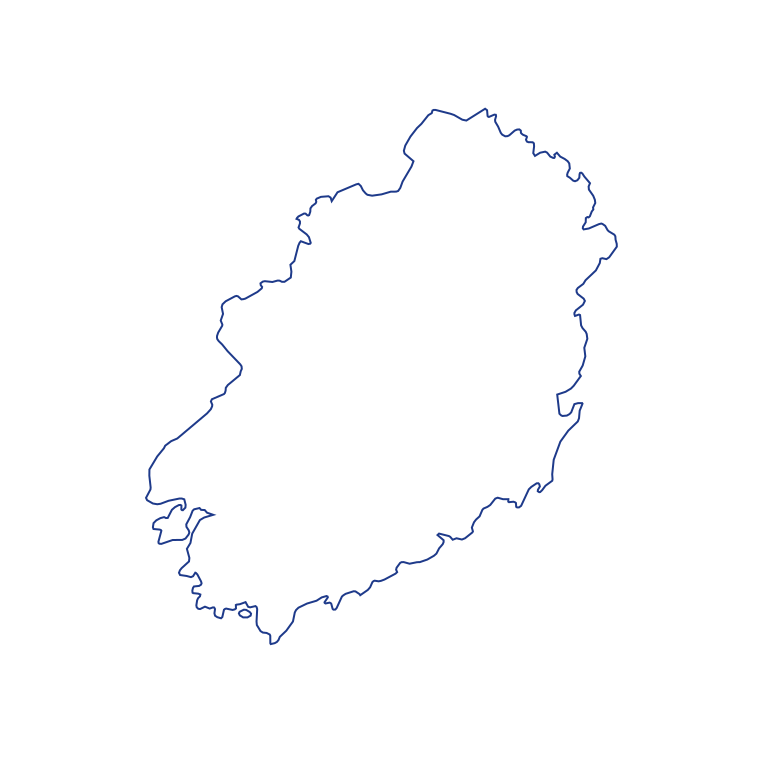 the border of Ryazan', rotated 139°
{"feature_id": "RUS-2374", "entity_name": "Ryazan'", "entity_type": "Region", "adm_level": 1, "iso_a3": "RUS", "parent_name": "Russia", "parent_adm1": "", "projection": "natural_earth1", "projection_center": [40.693, 54.337], "detail": "fine", "context": "isolated", "style": "outline", "palette": "blue", "viewbox_px": 768, "rotation_deg": 139, "n_neighbors": 0, "source": "natural_earth", "source_scale": "10m", "svg_char_len": 6159}
<svg xmlns="http://www.w3.org/2000/svg" viewBox="0 0 768 768"><g transform="rotate(139 384 384)"><path d="M293.3,559.2L274.0,552.9L271.9,551.8L271.6,548.6L272.8,544.0L272.8,539.8L272.4,537.7L269.4,533.9L261.4,528.7L252.7,524.7L248.6,521.2L246.7,520.4L243.1,521.3L237.1,524.6L220.6,530.1L215.6,532.8L217.3,544.4L216.0,547.0L211.5,550.0L201.7,553.4L191.2,555.5L185.1,555.8L174.2,557.8L170.3,557.1L168.0,558.6L166.8,558.3L165.2,556.9L156.5,544.3L154.6,541.0L151.5,532.1L149.0,528.8L127.1,525.4L126.6,523.0L130.0,518.3L130.0,517.3L129.6,516.7L124.0,514.9L123.0,513.8L123.7,512.6L126.9,510.5L128.0,508.9L129.0,503.4L131.1,496.9L131.2,494.6L130.0,491.4L128.1,490.0L126.2,489.5L119.1,489.5L116.6,488.7L114.8,487.3L114.5,485.5L115.9,483.7L115.9,482.6L115.6,480.9L113.9,477.5L114.0,476.7L116.6,475.2L117.1,473.2L116.4,471.8L113.2,468.9L113.0,467.3L114.8,464.9L119.9,460.3L120.4,457.1L114.4,456.1L109.9,453.6L109.1,451.6L109.3,446.5L108.0,443.6L107.1,442.9L105.9,443.4L105.0,445.3L101.8,445.1L101.8,440.0L100.0,435.3L99.2,431.6L99.5,428.9L102.4,424.7L106.7,423.0L108.5,421.8L109.3,420.6L108.4,417.8L107.8,413.3L106.8,411.7L104.4,410.9L101.3,411.5L98.7,414.1L97.5,414.7L96.6,414.2L96.2,412.8L96.7,409.1L96.8,400.4L100.0,398.8L101.8,396.3L102.6,388.8L104.0,384.7L105.8,382.0L110.4,380.1L111.5,378.4L114.0,377.9L118.6,375.5L120.3,375.5L121.0,376.6L122.8,376.8L125.7,373.7L130.5,372.3L131.8,371.1L131.9,369.7L127.4,367.0L116.8,363.6L114.7,362.5L114.1,361.4L113.3,358.3L114.3,353.5L114.2,351.8L112.2,345.6L112.5,343.7L114.6,340.9L116.4,337.1L118.2,334.9L130.9,331.9L134.2,332.3L136.7,335.7L138.5,336.5L141.8,333.7L149.6,330.7L163.8,330.1L167.9,328.8L174.7,329.3L177.0,328.7L178.3,327.0L178.8,324.9L177.3,317.4L177.9,314.9L181.8,313.3L190.9,313.7L193.7,312.7L194.6,311.6L195.2,310.1L191.3,308.5L190.8,307.4L196.8,298.9L197.5,295.9L197.5,291.1L198.2,288.8L200.9,284.7L209.1,279.9L213.9,272.8L221.9,267.6L228.6,265.2L229.8,263.6L230.2,260.9L241.9,258.2L245.9,257.9L252.1,259.0L260.2,262.4L271.1,246.5L270.9,244.1L270.3,242.8L266.7,240.2L263.8,239.6L261.3,239.8L253.5,243.9L250.2,242.3L247.0,239.6L247.1,238.9L253.8,235.5L259.3,230.2L262.3,228.6L275.5,227.9L288.7,224.8L305.6,215.5L316.3,205.5L319.3,201.5L320.5,200.6L328.9,201.3L334.4,200.1L337.0,200.0L337.8,200.5L338.3,202.2L337.2,203.2L333.6,204.4L332.6,206.4L332.6,207.8L334.0,208.9L340.3,209.7L343.8,209.5L360.4,202.1L363.1,202.3L364.5,203.5L364.8,204.6L362.5,207.6L362.6,208.5L363.5,210.2L367.2,212.8L367.4,213.7L365.7,215.5L369.7,218.9L372.8,223.6L375.2,224.5L383.2,223.0L386.5,223.4L390.6,224.7L392.3,224.5L398.7,221.4L403.5,221.3L406.8,220.6L411.9,218.0L413.6,214.4L414.7,214.0L424.0,214.4L427.2,215.5L430.5,220.0L434.3,221.4L434.3,225.2L434.8,226.7L440.6,235.0L442.7,234.9L441.5,227.0L442.7,225.6L444.7,224.6L450.2,223.8L455.7,221.6L459.0,221.6L466.5,223.1L473.9,226.1L475.9,227.8L482.6,231.6L486.0,236.7L487.6,238.0L489.1,238.4L495.0,237.1L496.7,235.9L497.5,233.4L499.7,233.3L511.9,236.1L515.4,237.4L517.5,238.6L520.1,241.7L521.2,242.1L522.7,242.1L527.8,239.7L531.3,239.2L540.5,240.2L540.3,241.4L541.6,246.2L542.9,247.5L550.6,250.8L553.3,251.2L555.2,251.2L566.7,246.0L568.7,245.7L570.2,246.9L570.3,248.0L568.0,252.7L568.0,253.7L568.5,254.7L572.1,256.7L572.4,257.6L572.1,258.3L566.4,259.8L566.0,260.6L566.5,261.7L571.0,263.8L577.1,264.7L586.1,268.8L595.3,271.3L598.7,271.1L601.2,270.1L608.5,264.5L619.6,261.9L628.5,261.5L631.6,260.0L634.0,259.6L636.5,260.1L640.1,262.0L639.9,262.9L635.0,268.6L634.6,269.9L635.9,273.1L638.5,275.9L639.3,278.5L638.1,285.5L636.1,288.3L627.4,297.3L626.5,299.2L626.7,300.7L631.6,303.3L632.7,305.0L631.6,310.2L637.3,312.4L640.0,314.2L640.8,314.4L643.0,311.7L644.5,311.8L646.5,312.8L650.5,318.1L651.8,318.6L652.9,318.6L658.9,314.2L660.7,314.1L662.8,317.4L663.5,320.0L662.4,322.2L659.2,325.0L658.8,326.7L659.6,327.6L662.9,328.9L665.2,333.4L670.4,334.8L671.1,335.5L671.7,336.4L671.8,338.4L670.8,340.1L667.0,343.3L664.9,344.3L662.2,344.5L660.7,345.6L661.7,347.6L665.2,351.3L665.4,352.1L664.2,353.8L662.0,355.4L660.3,355.9L656.0,352.9L653.7,352.6L652.4,353.3L651.6,355.0L649.8,362.7L649.9,364.8L650.2,365.4L654.2,364.2L656.4,364.9L658.9,368.6L663.2,373.6L662.6,376.0L660.2,377.3L657.5,377.8L647.6,378.0L645.0,380.4L640.9,388.9L634.4,391.0L626.9,396.9L612.2,402.1L607.3,401.2L598.7,397.3L602.0,403.0L602.0,406.5L604.6,409.0L604.6,411.4L609.5,414.0L611.6,413.9L617.7,410.7L625.3,407.8L626.8,405.8L627.4,401.6L628.3,399.7L630.2,398.6L635.2,397.6L638.6,398.7L645.8,404.9L656.9,409.4L658.3,410.8L658.5,411.7L657.8,412.9L648.3,419.3L648.2,420.2L648.8,421.3L653.1,425.8L652.4,427.5L649.2,430.2L645.3,430.5L640.8,429.5L637.3,427.8L636.5,425.9L635.1,424.8L626.6,428.2L622.5,428.2L618.2,427.2L616.9,426.2L616.6,425.2L619.3,422.2L619.2,421.3L618.6,420.7L615.0,421.0L613.0,422.9L610.4,428.0L611.8,430.3L613.4,431.7L623.2,437.2L631.2,440.2L634.0,442.0L636.8,445.4L639.0,451.7L638.3,454.2L629.5,457.6L628.0,459.0L621.3,468.7L617.1,473.4L602.7,478.1L592.2,479.9L589.6,481.0L582.1,480.5L575.8,478.5L536.8,477.9L531.2,478.6L528.4,479.9L527.2,481.0L526.1,484.4L523.9,485.4L511.4,481.4L510.0,481.6L507.9,482.9L505.9,484.9L502.5,485.7L486.9,485.3L483.8,487.6L481.4,488.7L479.9,490.8L479.6,493.0L480.5,511.4L480.2,520.0L480.6,524.7L480.4,527.1L479.7,528.5L478.5,529.8L475.4,531.6L467.9,534.1L467.0,534.9L465.6,539.0L459.5,542.5L456.1,548.5L453.6,550.1L449.2,550.3L439.1,548.0L437.6,547.3L436.7,546.0L436.1,541.4L434.3,540.2L432.6,539.4L419.1,536.5L413.5,536.4L412.3,537.2L412.2,539.4L411.2,541.0L408.3,540.8L406.5,539.8L401.3,534.2L396.5,531.9L395.0,530.5L394.0,528.1L392.0,526.4L384.5,525.5L380.2,529.5L376.4,535.4L371.0,535.6L358.0,544.6L355.0,546.0L353.1,546.3L349.2,539.2L347.6,538.3L346.7,538.6L344.3,544.1L344.2,547.6L346.1,556.7L345.8,558.2L342.1,560.3L340.8,561.8L340.5,563.7L341.7,566.0L340.7,566.4L338.7,566.6L332.5,565.1L331.4,564.0L331.2,561.7L330.7,560.9L329.7,560.6L326.6,562.4L324.3,564.8L321.5,565.5L317.1,565.2L315.6,565.9L314.6,567.7L313.1,568.0L308.8,566.6L302.7,562.1L302.0,559.7L303.5,556.3L293.3,559.2ZM636.6,296.7L640.1,297.4L643.4,300.2L644.6,304.0L644.0,306.1L642.4,306.8L637.8,305.6L636.2,303.9L634.9,299.9L635.0,297.9L636.6,296.7Z" fill="none" stroke="#1e3a8a" stroke-width="2"/></g></svg>